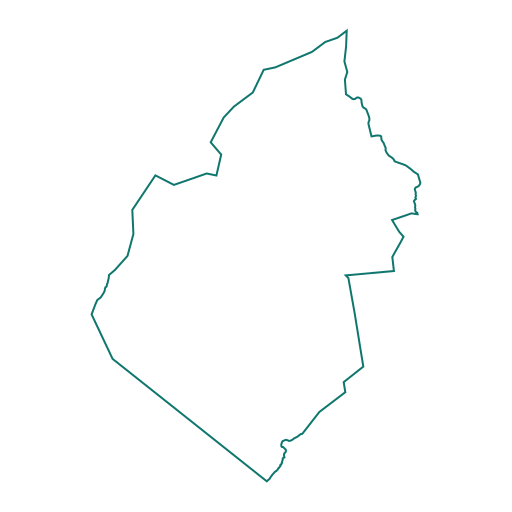 the district of Bayan-Ovoo, Bayanhongor, Mongolia
{"feature_id": "93677404B1507170544198", "entity_name": "Bayan-Ovoo", "entity_type": "district", "adm_level": 2, "iso_a3": "MNG", "parent_name": "Mongolia", "parent_adm1": "Bayanhongor", "projection": "albers", "projection_center": [100.443, 46.171], "detail": "fine", "context": "isolated", "style": "outline", "palette": "teal", "viewbox_px": 512, "rotation_deg": 0, "n_neighbors": 0, "source": "geoboundaries", "source_scale": "gbopen_adm2", "svg_char_len": 2477}
<svg xmlns="http://www.w3.org/2000/svg" viewBox="0 0 512 512"><path d="M266.8,481.3L268.4,479.8L269.5,479.0L270.6,477.1L272.5,474.5L273.6,473.4L274.6,472.1L275.2,471.7L275.8,471.1L276.2,471.1L277.1,470.2L277.6,469.7L278.2,468.5L278.4,468.4L278.5,468.1L278.8,468.0L279.2,467.7L279.7,466.7L279.9,466.6L280.0,466.1L280.3,465.9L280.5,465.8L280.5,465.5L280.5,464.8L281.0,464.7L281.5,464.0L281.5,463.3L282.1,462.8L282.0,461.8L282.4,460.9L282.5,460.1L282.8,459.3L282.7,458.7L283.2,457.8L284.4,457.5L284.4,457.0L283.9,455.4L284.1,454.1L284.2,453.5L285.6,452.1L286.0,450.4L285.3,449.1L284.1,448.0L283.3,447.2L281.8,446.9L281.3,446.0L281.3,444.4L282.0,442.1L282.7,441.1L284.4,440.4L285.9,439.8L287.4,440.2L289.0,440.9L290.1,440.8L292.0,440.0L294.4,438.2L297.3,436.8L298.8,435.6L300.7,434.1L302.3,433.8L319.4,411.9L345.3,392.2L343.7,382.1L363.3,366.6L354.7,313.5L348.4,278.1L345.8,275.4L393.9,271.0L392.6,259.4L392.3,257.1L394.0,253.9L394.1,253.7L400.4,242.6L403.5,236.7L399.3,231.9L398.4,230.5L392.9,221.4L392.1,220.0L404.2,215.9L411.4,213.4L411.8,213.4L416.4,214.1L417.6,214.2L417.2,212.7L416.2,212.1L415.6,211.4L415.1,210.5L415.4,208.9L415.0,207.4L415.3,205.8L415.1,204.4L413.9,201.2L414.6,200.1L416.0,198.9L415.4,197.6L416.0,195.8L415.6,194.5L415.8,192.7L414.8,189.4L415.0,188.6L415.7,187.5L417.1,186.9L418.5,186.2L419.8,184.5L420.4,182.9L417.9,174.4L413.5,171.5L411.2,169.4L405.8,165.4L401.9,163.9L398.6,162.8L396.1,161.9L394.6,161.2L394.1,160.2L393.5,159.1L391.9,157.6L388.8,155.6L386.6,152.7L385.5,150.1L385.7,148.0L384.7,145.7L383.5,142.7L382.8,141.8L381.8,140.4L381.4,139.4L381.4,138.0L381.1,136.3L380.0,135.7L378.1,135.5L375.8,135.6L373.4,136.1L371.5,136.4L369.3,127.5L368.4,123.7L368.6,122.0L369.3,120.5L369.4,118.7L368.9,116.4L367.3,112.2L366.3,109.5L364.8,108.3L363.3,107.5L362.4,106.1L361.6,102.6L361.4,99.9L360.7,98.7L359.3,97.9L358.1,97.4L356.6,97.7L355.3,98.8L353.7,99.2L352.4,98.9L349.7,96.7L346.0,94.3L344.9,79.6L347.3,72.0L344.4,61.4L346.1,46.5L346.7,30.7L337.5,37.7L325.2,42.0L312.1,51.8L275.2,67.4L263.7,69.8L252.8,92.5L233.9,106.6L223.7,117.5L210.7,142.3L221.2,154.6L216.4,175.5L206.7,173.5L173.9,184.9L155.4,175.4L132.3,209.9L133.4,234.0L127.5,255.9L114.9,270.0L109.0,275.0L108.9,276.1L108.7,278.2L108.0,281.0L107.5,283.3L107.0,284.2L106.8,285.8L106.4,286.7L105.4,287.4L104.9,288.9L104.7,290.8L103.3,293.5L102.1,295.3L100.6,297.6L98.2,299.3L97.1,300.3L96.3,302.3L95.3,304.5L91.6,314.4L112.6,358.9L266.8,481.3Z" fill="none" stroke="#0f766e" stroke-width="2"/></svg>